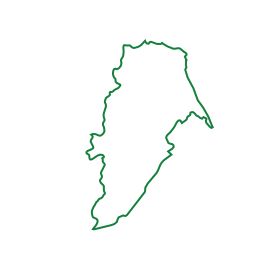 the border of Western, rotated 229°
{"feature_id": "GHA-2162", "entity_name": "Western", "entity_type": "Region", "adm_level": 1, "iso_a3": "GHA", "parent_name": "Ghana", "parent_adm1": "", "projection": "robinson", "projection_center": [-2.27, 5.896], "detail": "fine", "context": "isolated", "style": "outline", "palette": "green", "viewbox_px": 256, "rotation_deg": 229, "n_neighbors": 0, "source": "natural_earth", "source_scale": "10m", "svg_char_len": 4732}
<svg xmlns="http://www.w3.org/2000/svg" viewBox="0 0 256 256"><g transform="rotate(229 128 128)"><path d="M69.4,99.7L68.6,98.5L63.0,70.2L63.1,68.9L63.6,68.0L64.9,67.2L65.3,66.7L66.7,62.3L66.5,61.8L65.6,59.7L64.7,58.4L64.4,57.6L64.5,54.7L65.7,51.6L73.8,35.9L74.7,35.2L74.8,35.5L75.5,39.7L76.0,41.3L76.7,42.8L77.0,43.2L77.3,43.6L77.8,44.0L78.2,44.3L78.7,44.5L79.6,44.6L79.9,44.6L80.3,44.5L83.0,43.3L83.7,43.1L84.5,43.3L85.6,43.8L87.7,45.1L88.8,46.1L89.6,47.2L91.2,50.7L91.6,52.3L92.7,55.1L92.8,55.6L92.8,57.0L92.9,57.5L93.0,57.9L93.1,58.3L93.3,59.1L93.4,59.5L93.3,60.0L92.7,61.5L92.6,61.9L92.6,62.4L92.6,63.1L92.8,63.9L93.3,65.2L93.5,66.0L93.5,66.6L93.5,67.2L93.7,67.6L94.0,67.8L94.3,68.0L96.3,68.6L96.9,69.0L99.7,71.4L100.0,71.6L100.8,71.8L101.7,71.8L104.3,71.5L104.9,71.6L105.6,71.8L106.5,72.3L107.0,72.7L107.2,73.2L107.5,74.8L107.8,75.6L108.2,76.2L108.5,76.6L108.9,76.8L109.2,77.0L110.6,77.4L111.5,77.8L111.9,78.2L112.2,78.6L115.3,86.1L115.6,86.4L116.0,86.6L116.4,86.7L118.4,86.8L118.8,86.9L119.2,87.0L119.9,87.5L120.9,88.3L121.5,88.7L122.0,88.7L121.8,90.6L122.0,90.8L122.4,91.1L123.0,91.2L123.5,91.2L124.0,91.1L124.3,91.0L125.0,90.6L125.2,90.4L126.2,89.4L126.4,89.0L126.7,88.2L127.0,87.4L127.2,86.5L127.9,80.9L128.1,80.3L128.5,79.4L128.8,79.0L129.2,78.8L129.6,78.8L130.0,78.9L130.7,79.3L132.8,80.8L133.3,80.9L133.8,80.9L135.3,80.3L135.9,80.2L136.5,80.3L136.8,80.6L137.0,80.8L137.1,81.2L137.1,81.4L137.2,81.8L137.2,82.3L135.8,86.8L135.7,87.8L135.7,88.3L135.8,88.7L136.0,89.0L136.6,89.4L141.8,90.8L142.2,90.9L142.5,91.2L142.7,91.4L143.3,92.4L143.4,92.8L143.7,94.1L143.9,94.6L144.1,95.0L144.5,95.6L145.0,95.8L145.5,95.9L147.1,95.8L146.8,97.0L146.3,97.8L145.1,99.0L144.3,99.7L142.3,100.6L141.1,101.3L140.6,101.8L140.3,102.3L140.1,102.7L140.0,103.6L140.0,104.7L140.1,105.7L140.2,106.2L140.4,106.8L140.9,107.8L141.2,108.2L143.2,109.7L144.4,110.3L145.0,110.6L145.4,110.6L146.8,111.2L147.4,111.6L148.1,112.5L148.3,113.0L149.1,115.1L149.3,115.5L149.6,115.7L149.9,115.9L152.1,116.9L153.2,117.6L153.5,117.8L153.7,118.0L155.1,119.6L158.3,124.8L158.5,125.1L158.7,125.4L160.0,126.5L160.3,126.7L160.7,126.9L162.3,127.3L162.7,127.5L163.1,127.9L163.7,128.6L164.6,130.1L165.0,130.9L165.1,131.6L165.1,132.1L164.8,133.5L164.7,134.8L164.8,135.6L164.9,136.1L165.2,136.4L166.1,136.9L166.6,137.4L166.8,137.8L166.8,138.3L166.6,138.6L166.1,139.1L165.9,139.4L165.7,139.8L165.6,140.2L165.5,140.7L165.6,142.3L165.5,143.1L165.1,144.9L164.7,146.2L164.6,146.9L164.6,147.7L164.9,149.3L165.1,150.0L165.5,150.4L165.9,150.5L166.3,150.4L168.6,149.4L169.3,149.1L170.1,149.0L170.6,149.1L171.0,149.1L171.4,149.3L171.7,149.5L172.5,150.2L172.8,150.4L173.2,150.6L173.6,150.7L175.3,150.7L176.2,150.9L176.9,151.2L177.6,151.5L178.9,152.3L179.8,153.2L180.7,154.3L181.4,155.5L181.5,155.9L181.5,156.2L181.4,156.5L181.1,157.2L180.9,157.5L180.6,157.7L180.2,157.8L179.9,158.0L179.7,158.3L179.5,158.6L179.3,159.5L179.2,160.4L179.1,160.9L179.2,161.4L179.4,162.3L179.8,163.7L181.0,165.2L181.2,165.5L181.8,166.0L182.5,166.3L183.0,166.6L183.4,166.9L184.0,167.6L184.3,168.0L184.5,168.6L185.0,170.4L185.3,171.0L185.5,171.4L186.4,172.6L188.7,175.0L191.6,177.1L192.0,177.5L192.8,178.5L193.0,179.1L193.0,179.5L192.7,179.8L190.6,181.7L189.7,182.9L189.5,183.2L189.2,183.4L188.9,183.6L188.6,183.7L188.2,183.8L187.8,183.8L186.9,183.8L186.5,183.9L185.8,184.1L185.5,184.3L185.2,184.5L184.9,184.7L184.6,184.9L184.2,185.5L182.8,188.4L182.5,189.3L182.3,190.1L182.0,192.1L182.0,193.0L182.6,198.1L181.5,197.7L180.3,197.6L179.1,197.9L178.2,198.7L178.1,199.3L178.6,200.6L178.4,201.2L178.0,201.8L177.7,202.1L172.8,204.8L172.0,205.5L169.9,208.0L169.8,208.6L169.9,209.2L169.9,209.5L169.2,209.7L168.6,209.7L163.7,211.3L158.3,214.1L157.2,215.2L155.5,217.9L154.4,219.1L153.4,219.5L148.6,220.2L147.6,220.7L145.7,220.8L145.3,220.6L144.8,220.1L144.6,219.3L144.7,218.4L144.5,217.7L143.6,217.4L143.0,217.3L141.9,216.9L141.1,216.8L141.2,216.5L140.5,215.7L137.5,213.0L136.1,212.2L135.4,211.8L135.1,211.1L135.0,210.5L134.7,209.9L134.3,209.4L126.9,206.1L115.0,203.4L103.3,198.9L94.1,198.1L84.0,196.1L74.2,192.7L73.0,192.4L73.3,191.1L73.8,190.9L74.5,190.6L75.3,190.5L80.3,190.5L81.9,191.1L82.3,191.5L83.2,192.9L83.5,193.2L84.5,193.1L85.9,192.4L86.7,192.1L86.5,189.9L88.5,189.0L91.0,188.6L92.5,187.8L95.3,187.9L97.0,187.6L98.0,186.8L98.6,185.3L98.3,184.8L97.3,183.9L97.1,183.6L97.1,182.9L97.3,181.2L97.4,180.5L97.1,179.6L96.1,178.0L95.9,176.9L96.4,171.9L98.7,172.4L99.7,172.2L100.4,171.2L100.5,169.8L100.2,168.4L98.3,163.3L97.1,157.6L96.9,153.4L96.6,152.1L96.1,151.0L95.2,150.2L90.2,148.7L89.0,149.2L86.7,150.8L85.3,151.0L83.7,150.0L83.3,147.9L84.0,142.9L79.4,143.3L80.1,134.2L79.9,131.3L79.1,128.4L76.3,122.8L75.3,119.9L73.2,106.6L71.7,102.1L69.6,99.9L69.4,99.7Z" fill="none" stroke="#15803d" stroke-width="2"/></g></svg>